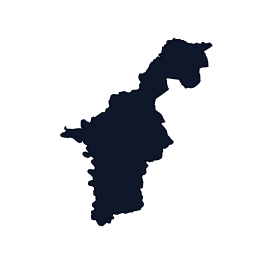 San Sebastián Tlacotepec, Puebla, Mexico, rotated 193°
{"feature_id": "50627088B11534934741350", "entity_name": "San Sebastián Tlacotepec", "entity_type": "district", "adm_level": 2, "iso_a3": "MEX", "parent_name": "Mexico", "parent_adm1": "Puebla", "projection": "albers", "projection_center": [-96.826, 18.377], "detail": "fine", "context": "isolated", "style": "filled", "palette": "ink", "viewbox_px": 256, "rotation_deg": 193, "n_neighbors": 0, "source": "geoboundaries", "source_scale": "gbopen_adm2", "svg_char_len": 5839}
<svg xmlns="http://www.w3.org/2000/svg" viewBox="0 0 256 256"><g transform="rotate(193 128 128)"><path d="M95.3,224.9L95.8,225.0L96.0,225.3L97.7,225.6L98.6,225.2L99.2,225.3L99.8,225.0L100.7,225.0L101.1,224.4L101.8,224.1L102.7,225.5L103.2,225.5L104.3,223.4L105.3,222.5L107.5,222.3L109.0,221.5L109.3,220.6L108.9,219.3L108.8,218.7L109.5,217.6L110.3,217.1L110.7,216.4L110.6,216.2L110.1,215.8L110.0,215.4L110.4,215.0L112.1,214.6L112.2,214.2L111.8,212.3L112.1,210.4L111.6,209.4L111.5,208.4L112.4,208.0L114.2,206.5L114.1,206.2L113.0,205.4L111.4,204.7L111.1,204.1L112.0,203.3L113.1,203.3L114.4,203.8L115.1,203.5L115.8,202.2L115.7,200.9L117.4,200.6L118.1,199.2L118.2,197.6L119.5,197.3L119.6,196.4L120.0,196.1L120.6,194.8L120.9,192.6L120.8,191.9L120.8,191.4L121.3,191.0L121.8,189.1L122.7,187.7L122.6,186.9L123.0,185.9L124.8,184.7L125.2,183.8L126.0,183.2L126.3,183.0L126.8,183.5L127.4,183.5L128.3,182.7L128.5,182.8L128.8,180.4L128.3,179.9L128.2,178.9L126.9,177.3L126.1,176.9L125.3,176.0L125.4,174.6L126.1,173.0L126.1,172.3L125.4,170.1L125.5,168.9L126.0,168.1L127.7,166.6L131.6,165.6L132.7,164.4L132.9,163.5L133.3,162.8L134.0,162.3L136.6,161.9L139.8,162.4L140.3,162.3L141.9,161.3L144.1,160.4L144.2,159.9L143.6,158.8L143.7,158.3L146.8,157.4L149.8,157.1L151.3,155.8L151.6,152.9L151.5,151.3L152.3,150.1L152.3,149.4L151.4,147.0L150.1,145.0L150.4,144.7L150.9,143.5L152.2,142.0L153.2,141.5L153.4,138.6L153.8,137.7L154.3,137.3L156.5,137.0L162.3,130.5L164.2,130.5L165.4,129.5L165.1,126.7L165.3,125.6L165.5,125.4L165.6,123.9L165.9,123.6L166.8,123.7L167.4,124.1L168.1,124.4L169.8,124.4L170.7,124.8L171.8,125.8L173.3,125.8L174.7,124.7L174.8,123.7L173.9,119.9L173.3,118.5L172.7,118.4L171.7,118.9L171.2,118.8L171.0,118.3L171.0,117.8L171.4,117.2L171.9,116.8L172.3,116.6L176.0,116.0L181.7,113.8L184.2,113.5L186.4,112.9L187.8,113.0L188.3,113.2L188.9,113.9L189.1,114.6L189.5,113.9L189.4,113.5L189.1,113.0L187.3,112.0L187.2,111.2L187.3,110.6L188.2,109.4L190.1,108.4L190.8,107.7L191.8,106.2L191.6,105.7L191.0,105.2L189.2,105.0L184.4,105.4L182.7,106.4L179.0,106.3L176.8,105.0L173.6,103.5L172.1,103.1L170.7,103.7L170.1,105.5L169.5,105.9L168.4,105.6L167.9,104.5L166.8,103.2L163.4,102.5L162.9,101.3L163.7,99.7L163.9,99.1L163.7,98.6L163.0,97.9L160.6,96.1L160.3,95.1L160.7,94.5L161.3,94.3L163.8,94.8L164.5,94.6L165.5,93.9L165.9,93.3L165.6,92.1L163.8,90.9L160.6,90.5L159.6,91.0L158.6,92.6L157.2,92.7L153.4,90.7L153.2,90.3L153.2,89.6L154.9,89.0L155.5,88.5L155.9,87.7L155.8,86.9L155.6,86.5L154.4,85.3L152.7,84.3L151.4,83.1L150.8,82.2L150.7,81.8L150.8,79.8L151.3,79.3L152.2,79.0L154.5,78.9L156.5,78.4L157.2,77.0L156.5,75.8L154.4,74.9L151.7,73.4L150.8,72.6L149.9,70.0L149.9,69.2L150.2,68.7L151.6,68.3L153.6,66.9L153.9,66.0L153.8,64.9L153.5,64.2L152.6,63.7L150.2,64.0L147.9,63.4L147.1,62.4L146.3,60.4L146.3,60.0L146.8,59.3L146.9,58.5L146.4,56.9L146.3,56.0L145.9,55.4L145.3,55.1L143.6,54.5L143.4,54.0L143.2,53.3L143.3,52.5L142.6,50.9L142.7,49.7L143.4,48.3L144.1,47.9L145.0,46.6L145.3,45.6L144.9,44.4L144.4,43.8L142.6,43.0L142.0,42.0L141.9,41.4L142.3,40.0L144.0,39.0L144.5,38.3L144.3,37.5L143.3,35.4L143.7,34.2L143.3,33.3L142.8,31.6L142.5,31.2L141.5,31.2L139.9,31.3L138.7,31.6L138.2,31.6L137.5,31.0L137.3,30.1L136.6,29.9L135.6,28.3L135.0,27.8L135.1,28.3L134.4,27.4L133.8,27.2L133.3,27.5L131.7,27.1L131.1,27.3L130.6,27.7L127.9,31.6L127.3,31.6L125.5,31.3L124.1,31.8L124.1,35.8L122.3,36.3L122.0,36.7L121.9,37.1L122.0,37.5L122.3,37.8L123.4,37.9L123.8,38.4L123.8,40.7L123.4,41.2L122.7,41.4L119.0,41.7L117.8,42.7L117.5,43.2L116.7,43.2L116.3,43.8L114.2,44.7L113.7,44.8L111.9,44.4L110.6,44.9L108.8,45.9L108.4,46.6L107.0,47.1L105.7,47.0L104.2,48.5L102.4,49.5L101.0,49.8L99.9,50.8L99.4,50.8L99.5,51.0L98.1,51.5L97.8,51.8L97.9,52.0L98.3,52.0L97.1,54.2L96.3,54.9L95.9,56.7L96.8,58.6L98.2,59.6L98.7,61.0L98.7,61.7L98.3,62.7L98.5,64.2L100.5,66.1L100.7,66.8L100.6,67.5L101.0,68.3L102.9,70.7L103.2,71.5L103.2,72.4L103.0,72.6L101.2,72.9L100.9,73.4L100.9,74.2L101.3,76.2L101.5,78.4L102.4,80.0L102.8,81.3L103.9,82.1L104.0,82.7L103.5,85.9L101.4,86.9L100.7,88.8L101.2,89.9L102.0,92.5L101.6,93.4L100.7,94.7L100.4,95.8L100.5,96.1L101.4,96.4L102.5,97.2L103.1,98.2L103.2,99.3L102.6,100.6L101.8,100.7L101.0,100.4L99.4,100.2L98.9,100.3L98.2,101.0L96.7,101.3L95.8,102.2L95.5,103.2L94.4,103.5L93.5,103.3L92.2,104.2L91.2,104.3L90.3,105.4L89.1,106.3L88.9,107.1L89.3,108.0L88.9,108.6L88.9,109.0L89.6,110.9L89.2,113.3L89.8,114.7L90.0,116.0L89.2,116.8L88.3,116.5L87.4,116.7L86.6,118.0L85.5,118.7L85.2,119.2L85.0,120.4L84.3,121.4L82.1,122.4L81.3,123.4L81.1,124.1L81.4,125.0L83.6,126.1L86.6,128.7L87.4,129.0L87.8,128.9L90.4,134.0L92.3,135.5L93.1,136.3L98.0,139.8L96.9,140.7L93.9,142.4L96.3,145.0L97.8,147.2L100.3,149.1L104.9,150.9L106.1,152.2L106.9,153.4L106.7,153.6L106.8,153.9L106.6,154.3L107.0,155.4L107.8,156.2L107.8,156.5L108.3,157.0L108.0,158.0L108.4,159.2L108.1,159.9L108.8,160.5L108.1,161.1L108.4,162.0L107.9,162.7L107.9,163.1L100.9,170.9L99.6,172.7L98.2,173.9L97.6,175.1L98.8,176.2L100.7,180.0L101.1,181.0L101.1,182.1L101.5,182.2L101.7,183.1L102.3,184.3L102.1,186.0L95.8,186.5L89.2,187.2L88.6,186.9L86.9,184.9L85.6,183.7L85.1,182.7L83.2,182.1L81.8,181.1L81.3,180.3L80.5,180.3L78.2,181.6L77.3,181.7L76.4,181.4L75.5,181.7L73.1,182.9L70.6,185.8L70.2,186.7L69.2,188.0L68.6,190.0L69.2,191.6L69.2,192.1L69.7,193.4L70.0,195.1L70.3,195.8L71.7,197.8L72.3,202.3L70.0,204.1L67.9,204.9L66.7,205.1L64.2,206.1L65.4,210.2L67.3,213.9L69.0,215.7L69.7,217.4L70.5,217.9L70.9,218.3L72.8,219.2L65.7,226.2L65.0,227.3L66.9,228.7L67.6,228.9L69.0,228.1L72.1,226.9L73.2,227.9L73.7,227.7L74.6,228.0L74.9,227.6L74.8,226.0L75.4,225.8L76.1,226.0L76.5,225.8L78.5,225.5L79.5,225.8L80.4,225.7L81.5,224.8L81.9,224.7L82.0,224.1L82.4,223.5L82.9,223.5L84.5,224.3L85.6,224.0L86.1,224.1L86.7,223.6L87.8,223.8L89.2,223.7L91.8,225.0L92.7,224.9L93.8,225.4L94.1,225.0L94.5,225.2L95.3,224.9Z" fill="#0f172a" stroke="#020617" stroke-width="1.5"/></g></svg>